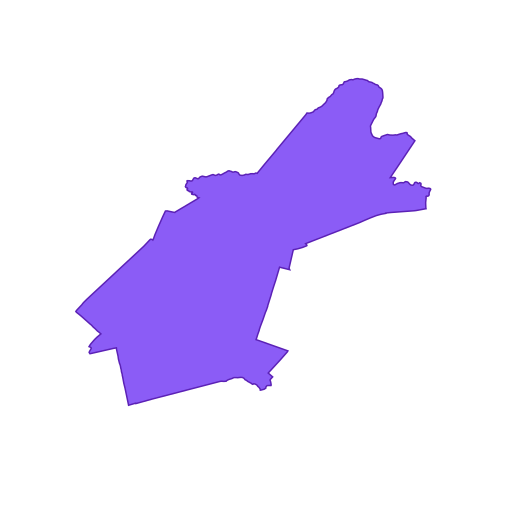 Barza, Olt, Romania, rotated 157°
{"feature_id": "2599482B78592992186898", "entity_name": "Barza", "entity_type": "district", "adm_level": 2, "iso_a3": "ROU", "parent_name": "Romania", "parent_adm1": "Olt", "projection": "robinson", "projection_center": [24.164, 44.333], "detail": "fine", "context": "isolated", "style": "filled", "palette": "violet", "viewbox_px": 512, "rotation_deg": 157, "n_neighbors": 0, "source": "geoboundaries", "source_scale": "gbopen_adm2", "svg_char_len": 6032}
<svg xmlns="http://www.w3.org/2000/svg" viewBox="0 0 512 512"><g transform="rotate(157 256 256)"><path d="M447.3,232.4L447.0,230.9L423.6,226.7L420.4,226.0L420.9,224.4L422.1,217.8L422.9,214.9L423.6,210.4L423.6,209.1L423.8,207.7L424.3,205.6L424.5,204.0L425.1,201.9L425.3,199.9L425.5,199.0L425.7,198.5L426.1,196.3L427.4,190.5L428.2,185.5L431.6,168.4L424.7,167.6L424.3,167.5L424.3,167.1L407.5,164.9L338.0,154.6L336.7,154.2L334.5,153.1L332.4,152.4L332.2,152.6L330.6,152.9L329.0,152.9L326.1,152.6L323.9,152.7L321.5,151.7L320.6,151.2L317.6,150.3L316.3,149.7L315.6,149.1L315.1,148.5L314.8,148.0L314.4,146.4L313.6,145.5L313.1,144.8L312.7,143.9L310.3,140.9L309.5,139.5L309.0,139.1L308.0,139.3L307.4,138.9L306.6,138.2L305.9,137.3L305.3,136.1L305.4,135.7L305.3,135.3L305.0,134.8L304.5,133.7L304.2,132.0L304.2,131.6L304.5,130.9L304.2,130.7L300.8,130.2L300.2,130.2L299.9,130.4L298.8,130.4L297.9,131.7L296.9,132.2L296.4,132.3L295.9,132.2L293.6,131.3L292.9,130.9L292.6,131.1L292.4,131.5L291.9,133.4L291.6,135.1L291.6,136.1L291.3,136.6L291.0,136.8L287.9,138.2L290.5,143.5L274.2,150.9L269.0,153.4L264.6,155.5L263.7,156.2L288.6,179.0L287.0,180.8L284.9,183.3L282.1,186.3L281.6,187.1L279.3,189.7L274.6,194.6L269.3,200.5L267.7,202.0L264.9,205.1L264.5,205.8L257.5,214.0L256.2,215.7L251.7,221.0L247.4,225.9L238.7,236.5L230.3,230.2L230.3,230.4L230.4,231.5L230.1,232.2L219.2,247.2L214.7,246.3L209.7,245.7L205.4,245.6L205.1,245.7L205.0,245.8L205.0,246.6L205.5,248.0L147.5,246.3L141.9,246.4L135.7,246.4L129.5,246.2L126.3,245.8L124.2,245.5L119.8,244.5L119.7,244.8L118.2,244.4L115.0,243.4L92.9,235.9L90.9,235.3L81.0,233.1L81.0,233.5L79.7,237.0L78.9,239.0L76.7,243.0L76.2,244.4L75.7,244.5L74.4,243.9L73.3,244.1L72.7,244.7L72.0,246.4L71.0,247.5L69.9,248.4L69.2,249.0L69.1,249.5L69.3,250.0L70.4,250.9L72.4,251.5L73.3,252.1L76.5,255.2L76.8,256.1L76.7,256.8L76.1,257.5L75.9,258.0L75.9,258.6L76.7,259.5L77.3,259.4L77.8,259.2L78.2,259.3L78.7,259.6L79.0,260.5L79.5,261.1L80.2,261.5L80.8,261.6L81.4,261.4L82.4,260.5L83.0,260.1L83.7,259.9L84.4,260.0L85.2,260.5L85.8,261.0L86.3,261.8L86.8,263.2L87.0,264.0L87.5,264.9L89.1,266.0L89.7,266.1L90.7,265.8L91.7,265.8L93.8,266.9L94.8,267.2L97.4,267.5L98.6,267.4L100.0,267.2L100.5,267.2L101.0,267.5L101.3,267.8L101.5,268.3L101.5,268.6L100.8,270.4L99.3,271.5L97.5,272.6L97.2,272.9L97.2,273.3L97.5,273.7L98.0,274.2L99.0,274.7L101.8,275.7L90.4,283.1L64.7,300.0L66.6,303.9L67.1,305.6L68.7,307.9L69.2,309.1L69.1,309.5L68.8,310.1L68.9,310.6L69.0,310.7L70.0,311.2L70.6,311.3L73.3,311.6L74.5,311.9L77.2,312.2L79.0,312.3L80.2,313.0L82.7,313.7L85.0,314.8L85.6,315.1L87.5,316.5L91.1,316.8L93.6,316.9L94.2,316.7L94.7,316.2L95.3,315.6L95.9,315.5L96.8,315.8L100.1,318.4L100.7,319.0L101.8,321.0L101.9,324.4L101.8,325.3L100.3,329.4L99.9,330.9L99.2,331.6L94.4,335.7L91.3,337.5L90.7,338.2L89.9,339.5L89.2,340.4L88.2,341.2L87.5,342.0L86.8,343.0L84.4,345.1L81.7,347.2L81.0,348.1L79.6,349.4L78.2,351.3L77.5,351.8L77.1,352.6L75.6,356.8L75.1,358.6L75.0,359.7L75.1,360.5L75.5,361.5L76.7,363.3L76.9,364.1L76.9,365.1L77.4,366.0L78.6,366.9L79.2,367.4L80.1,368.8L80.8,369.4L81.5,370.5L83.0,371.6L83.9,372.2L84.2,372.6L84.8,373.9L85.1,374.2L85.6,374.6L86.2,374.9L86.7,375.5L89.2,377.5L91.6,378.5L92.4,379.2L93.0,379.5L93.6,379.8L95.0,380.1L96.0,380.3L97.6,380.3L98.1,380.4L99.1,381.1L101.0,381.6L101.6,381.6L103.3,381.3L105.3,381.5L106.4,381.8L106.7,381.8L107.1,381.5L108.2,380.5L108.7,380.2L109.3,380.0L109.7,380.0L111.0,380.4L112.3,380.6L112.7,380.5L113.2,380.2L113.6,379.5L113.9,379.2L115.6,378.7L117.6,378.6L118.3,378.3L119.5,377.4L120.7,376.0L121.7,375.2L122.0,375.1L123.2,374.9L125.4,373.8L127.2,373.6L128.0,373.3L128.7,373.0L129.1,372.8L129.7,371.8L129.9,371.5L132.0,370.0L135.0,368.9L136.3,368.3L138.5,367.9L140.6,368.0L141.4,367.8L142.3,367.3L142.7,367.3L144.0,367.5L144.5,367.5L147.0,366.3L148.9,366.3L150.6,366.5L151.7,366.9L153.2,367.7L153.4,367.7L154.4,366.9L195.4,345.8L195.8,345.5L211.9,337.3L221.4,332.3L222.6,331.6L223.2,332.1L223.7,332.4L224.3,332.5L225.0,332.3L226.1,332.6L226.7,333.0L227.8,333.4L228.3,333.7L228.6,333.8L229.7,333.9L230.2,334.0L231.5,334.1L233.5,335.2L235.3,335.1L235.9,335.3L236.4,335.3L237.5,335.7L239.0,336.6L239.3,336.9L239.6,337.8L239.8,339.4L240.0,339.7L240.7,340.5L241.8,341.6L242.6,341.9L243.9,342.0L244.6,342.3L244.9,342.5L245.4,343.2L246.0,343.8L246.9,344.4L247.2,344.8L247.9,345.1L248.5,345.2L248.9,345.2L250.6,344.8L251.8,344.8L255.5,344.4L256.5,344.4L257.2,344.6L257.5,344.9L258.2,345.9L258.5,346.0L259.3,346.0L260.4,345.8L261.9,346.0L262.3,346.3L263.4,347.5L263.9,347.8L265.6,348.0L266.6,348.0L268.4,348.1L269.9,348.1L270.6,348.2L272.0,348.8L272.5,349.3L273.2,349.7L273.7,350.2L274.3,350.5L275.3,350.6L276.4,350.6L276.9,350.5L278.6,349.7L278.8,349.7L279.6,350.0L281.3,351.7L282.2,352.0L282.6,352.0L283.2,351.7L284.5,350.7L285.0,350.4L285.4,350.2L286.2,350.3L286.6,350.3L287.5,351.1L289.6,352.1L290.5,352.4L290.4,352.3L290.3,351.9L290.3,350.9L290.5,350.5L290.6,350.3L291.2,350.1L293.0,348.7L293.3,347.9L293.8,347.6L293.9,347.4L293.8,346.8L293.6,346.3L293.2,345.8L292.7,345.6L292.6,345.2L292.6,344.9L292.7,344.7L293.5,344.1L293.6,343.4L293.4,343.0L292.5,342.6L292.4,342.4L292.4,341.6L291.7,340.9L291.0,340.5L290.5,340.0L290.0,340.1L289.7,339.9L289.5,339.6L289.5,339.4L290.3,338.7L290.8,338.6L291.0,338.5L291.0,338.1L290.9,337.9L290.4,337.7L289.9,337.0L288.7,336.8L288.3,336.7L288.1,336.4L288.0,336.2L288.1,335.4L287.9,335.2L287.2,335.0L287.0,334.6L287.1,334.0L287.1,333.0L286.5,332.2L286.2,332.2L285.8,331.9L286.9,331.6L313.4,328.0L313.7,327.8L315.1,328.7L320.1,332.2L321.8,332.8L326.3,328.8L334.2,321.4L340.9,314.9L344.1,311.4L344.7,311.0L344.9,311.6L346.2,312.5L346.4,312.6L347.3,312.4L355.5,308.8L428.5,282.3L432.5,280.7L434.0,280.0L435.3,279.2L441.7,276.4L443.5,275.4L443.3,274.4L441.7,271.5L440.3,268.8L435.2,258.0L434.5,256.8L433.6,254.2L432.5,252.0L431.2,248.7L430.6,247.8L429.2,244.9L433.8,243.5L436.9,242.3L438.2,241.7L442.5,239.6L443.6,238.9L445.1,237.8L444.4,237.1L443.8,236.3L443.6,235.8L443.7,235.4L444.9,234.4L446.6,233.2L447.3,232.4Z" fill="#8b5cf6" stroke="#5b21b6" stroke-width="1.5"/></g></svg>